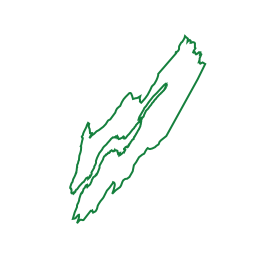 the district of Gratangen nor, Norway, rotated 299°
{"feature_id": "86288312B27152726766865", "entity_name": "Gratangen nor", "entity_type": "district", "adm_level": 2, "iso_a3": "NOR", "parent_name": "Norway", "parent_adm1": "", "projection": "equal_earth", "projection_center": [17.46, 68.708], "detail": "fine", "context": "isolated", "style": "outline", "palette": "green", "viewbox_px": 256, "rotation_deg": 299, "n_neighbors": 0, "source": "geoboundaries", "source_scale": "gbopen_adm2", "svg_char_len": 5889}
<svg xmlns="http://www.w3.org/2000/svg" viewBox="0 0 256 256"><g transform="rotate(299 128 128)"><path d="M221.4,164.5L221.5,161.5L219.3,160.0L219.5,159.3L220.6,158.6L220.0,158.0L222.5,157.5L223.6,156.9L228.0,156.4L228.1,156.0L227.2,155.4L229.3,154.7L229.1,154.1L228.7,153.9L228.6,153.3L227.0,152.9L226.9,152.5L225.8,152.2L225.4,151.8L225.7,150.9L226.8,149.7L226.7,148.9L224.9,148.5L227.2,148.1L230.5,148.3L230.8,147.5L234.5,145.5L234.9,144.7L234.6,143.1L233.2,142.0L233.2,141.7L232.9,141.4L234.5,140.7L234.8,139.9L234.3,139.4L234.6,139.1L233.8,138.5L232.3,138.2L235.2,137.0L235.6,134.6L236.0,133.3L234.0,133.8L231.2,133.8L229.3,133.6L228.7,133.2L227.9,133.1L224.7,133.1L224.0,133.2L221.7,134.4L220.1,134.5L218.4,134.0L217.9,133.5L217.9,133.2L217.6,133.1L216.8,133.3L216.6,133.8L190.0,128.2L188.6,128.9L186.3,129.4L183.5,129.7L179.4,129.7L176.0,128.7L172.1,129.0L166.5,129.1L162.2,128.6L157.1,127.5L156.5,127.3L156.9,125.6L158.3,125.0L159.4,123.9L161.7,123.3L159.4,122.0L158.5,121.3L157.7,120.2L155.8,118.3L158.1,116.0L159.7,114.0L159.8,113.2L159.2,112.3L153.9,110.8L150.9,110.2L147.4,110.1L143.5,110.5L142.3,109.9L139.7,109.0L137.5,109.0L135.3,109.4L126.9,108.3L125.2,107.1L124.5,106.9L120.6,106.7L117.1,105.8L111.9,103.5L109.8,102.1L106.5,101.2L103.8,99.9L101.3,99.5L100.5,99.1L104.2,99.1L106.0,98.9L105.1,97.3L108.6,94.9L109.0,94.2L110.6,92.7L112.9,92.0L113.1,90.6L110.5,90.7L108.7,91.1L103.3,91.3L101.4,91.5L100.0,92.0L98.0,91.8L97.3,92.6L97.3,93.3L96.8,93.6L94.6,94.1L90.4,95.4L89.0,95.5L88.8,96.2L85.8,97.6L83.8,98.2L80.1,98.9L76.0,100.7L75.0,100.7L72.7,101.4L71.3,101.4L69.4,102.2L69.0,102.6L68.4,102.6L65.6,103.8L62.5,104.5L61.7,104.4L62.0,104.6L59.8,104.8L56.6,104.9L54.0,105.6L52.2,105.4L48.4,106.1L47.5,106.5L47.3,107.0L47.5,107.2L47.5,107.6L46.7,108.1L46.7,108.4L45.3,109.3L43.9,109.8L43.6,110.4L43.7,111.0L43.8,111.2L45.1,111.7L44.5,112.3L46.9,112.9L47.5,112.5L48.1,112.5L49.1,112.7L49.3,113.0L49.8,113.2L53.5,113.6L57.7,114.6L58.5,114.8L59.2,115.4L63.9,115.8L65.2,116.7L65.1,117.1L63.8,117.4L65.1,117.7L64.5,117.9L65.0,118.1L66.6,118.0L66.3,118.3L66.5,118.6L69.9,118.5L70.7,118.2L71.1,117.7L72.1,117.6L76.6,117.7L77.5,117.5L78.0,117.1L79.9,117.2L81.5,117.0L82.1,116.9L83.5,116.0L87.0,115.4L92.1,115.1L96.7,115.8L98.1,115.7L100.0,116.0L103.2,117.1L104.6,117.3L109.1,118.3L110.1,118.4L112.5,119.3L112.6,119.9L113.2,120.4L113.1,120.6L113.3,120.9L114.3,121.3L114.1,121.7L114.7,121.5L114.8,121.8L115.7,122.3L114.8,122.9L115.2,123.4L114.0,124.1L114.0,124.4L114.3,124.7L113.9,125.3L114.6,125.9L114.6,126.2L115.5,126.7L116.2,127.3L117.2,127.8L118.4,128.1L118.4,128.4L118.0,128.4L118.1,128.5L117.9,128.7L117.2,129.0L117.3,129.3L116.9,129.7L117.1,130.1L117.5,130.1L117.6,130.6L118.0,130.8L121.2,131.3L123.7,132.0L129.0,132.8L130.7,133.4L131.7,133.3L133.4,133.7L134.5,133.6L139.7,134.9L141.7,134.2L141.7,133.9L142.1,133.9L141.5,133.5L140.4,133.5L140.3,133.2L141.7,133.2L141.0,133.0L143.2,132.6L151.4,132.8L153.4,132.6L155.9,133.2L160.5,133.6L168.0,134.8L172.5,136.2L183.3,138.8L184.8,139.5L184.4,140.0L184.4,140.5L184.7,140.2L184.9,140.3L184.4,140.5L184.1,140.5L184.1,140.8L185.4,141.1L183.5,141.0L182.8,140.8L182.2,140.9L181.7,141.4L181.9,141.4L181.5,141.4L182.4,141.7L181.0,141.4L180.7,141.3L181.5,141.2L180.8,141.0L178.6,141.2L178.3,141.0L177.4,140.9L177.0,140.6L175.6,140.4L175.0,140.0L173.9,139.9L172.8,139.4L168.2,138.3L167.1,138.3L166.6,138.0L165.2,137.7L163.0,137.5L161.4,137.0L159.6,137.0L157.3,136.5L154.6,136.2L151.9,135.4L147.4,135.7L145.6,136.1L143.4,135.5L141.1,135.9L140.3,135.8L140.0,135.9L140.4,136.1L140.0,136.5L138.5,136.8L137.9,137.3L137.2,137.3L135.6,137.9L133.5,138.1L132.9,138.0L132.4,138.2L130.6,138.0L127.8,138.1L127.1,137.9L126.5,138.1L124.3,137.9L123.8,138.1L123.0,137.7L122.3,138.0L121.1,137.9L120.9,138.2L119.4,137.4L118.0,137.4L116.6,137.1L116.1,137.3L114.5,136.9L114.2,137.1L113.5,137.0L113.7,136.7L113.2,136.4L113.6,136.7L113.4,137.0L112.5,136.9L112.4,137.0L112.6,137.2L111.6,137.2L110.7,136.7L110.6,136.3L111.0,135.8L110.0,135.1L108.9,135.0L107.9,134.6L107.5,134.8L107.3,135.2L107.7,135.3L107.5,135.6L108.1,135.7L108.2,136.1L108.4,136.2L105.8,136.3L105.9,136.2L105.6,136.2L101.5,134.7L101.3,134.5L101.5,134.5L101.0,134.3L101.2,134.2L100.9,134.2L100.9,133.7L100.6,133.6L101.5,133.3L101.2,133.2L101.0,132.9L100.7,132.7L100.9,132.6L100.5,132.4L100.9,132.0L100.8,131.9L101.0,131.8L100.8,131.7L101.0,131.5L102.1,130.3L102.8,129.9L102.9,129.1L102.8,128.6L102.1,127.8L102.5,127.1L101.4,127.2L101.0,127.0L101.1,126.6L100.3,126.2L100.5,125.3L99.8,124.3L100.0,124.2L99.1,123.7L98.4,123.9L97.1,123.7L96.7,123.3L96.8,122.7L95.1,122.5L94.8,122.1L93.8,121.9L93.9,121.6L91.9,121.2L91.5,120.9L89.4,121.1L88.5,121.4L81.2,121.4L79.4,122.4L74.4,123.1L71.7,123.2L70.6,122.8L70.9,122.6L70.0,122.5L68.2,121.6L65.1,121.6L63.6,122.0L60.4,122.2L58.9,121.8L58.0,121.3L57.0,121.1L57.4,120.8L57.3,120.7L57.9,120.7L57.8,120.3L58.8,120.1L58.3,120.0L58.5,119.8L58.1,119.6L58.0,119.3L57.0,119.0L54.6,119.1L53.1,118.7L50.4,119.3L48.9,119.4L48.1,119.1L48.4,118.8L47.6,118.7L42.6,119.7L40.7,120.4L37.8,120.8L36.9,120.7L35.4,121.0L34.2,121.7L28.3,122.3L21.8,123.8L22.8,125.1L23.3,125.5L24.3,126.0L25.2,126.0L28.0,126.8L28.3,127.2L27.5,127.6L26.9,128.1L25.2,128.7L20.0,129.6L23.2,130.2L24.6,130.8L24.9,131.2L25.2,131.9L25.3,132.7L25.9,133.7L37.4,135.5L37.4,136.1L38.6,136.7L37.1,138.5L39.4,140.0L41.7,140.1L42.9,139.9L45.4,139.2L47.7,139.2L50.5,139.4L54.4,140.1L55.7,140.2L63.0,139.9L67.0,140.8L72.2,141.4L73.4,141.2L73.5,142.3L73.1,143.0L72.2,143.8L71.1,144.3L66.7,145.5L62.8,146.1L67.8,147.5L72.4,149.7L74.3,149.8L78.3,149.2L79.9,149.2L81.7,150.0L82.1,150.3L83.3,151.9L85.3,152.7L85.6,153.0L92.4,153.1L98.3,151.2L102.0,151.7L107.8,151.8L111.6,153.4L113.4,154.6L116.6,154.5L118.9,154.7L120.0,155.0L119.9,156.4L120.3,157.5L121.8,159.1L124.3,160.9L126.2,161.5L128.5,162.7L131.2,162.3L133.2,162.8L139.5,165.4L204.5,165.3L221.4,164.5Z" fill="none" stroke="#15803d" stroke-width="2"/></g></svg>